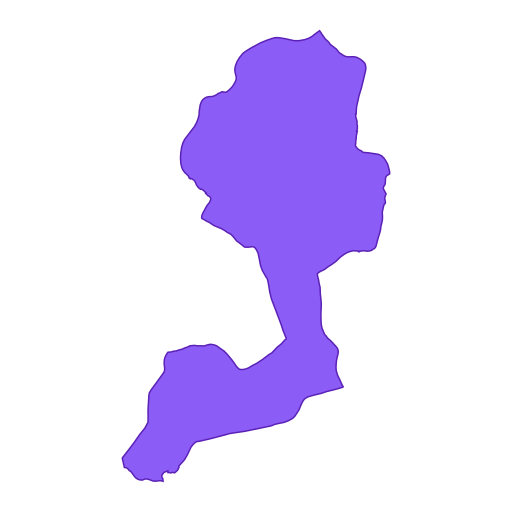 Kourweogo, Kourwéogo, Burkina Faso (Equal Earth projection)
{"feature_id": "67063806B35388046796178", "entity_name": "Kourweogo", "entity_type": "district", "adm_level": 2, "iso_a3": "BFA", "parent_name": "Burkina Faso", "parent_adm1": "Kourwéogo", "projection": "equal_earth", "projection_center": [-1.825, 12.601], "detail": "fine", "context": "isolated", "style": "filled", "palette": "violet", "viewbox_px": 512, "rotation_deg": 0, "n_neighbors": 0, "source": "geoboundaries", "source_scale": "gbopen_adm2", "svg_char_len": 5176}
<svg xmlns="http://www.w3.org/2000/svg" viewBox="0 0 512 512"><path d="M270.7,426.0L272.9,425.2L274.6,424.4L279.0,423.4L284.0,422.4L288.5,420.7L292.7,418.3L294.8,416.3L296.7,413.5L299.2,409.5L300.5,406.1L302.2,402.4L303.3,400.6L304.5,399.0L305.7,398.1L308.4,396.7L313.6,395.2L321.2,393.4L326.8,391.5L332.2,390.2L338.3,388.6L340.7,387.8L342.4,387.4L343.2,386.8L342.0,384.7L339.5,379.1L337.5,375.0L336.2,370.4L336.0,366.8L336.2,363.5L336.5,360.3L337.2,357.2L337.9,354.4L338.3,351.9L338.1,350.4L337.5,348.5L336.2,346.7L334.3,344.6L332.3,342.4L330.1,340.2L327.6,338.1L326.1,336.0L324.5,334.2L323.2,331.0L322.0,328.2L321.2,324.2L321.0,319.2L320.9,313.3L321.2,307.9L321.3,303.9L320.9,298.8L320.3,293.7L320.1,287.5L319.1,283.2L318.6,280.1L317.9,277.4L317.5,275.4L317.3,273.9L317.7,273.3L319.7,271.8L324.6,269.4L328.3,266.6L331.2,264.8L335.8,261.5L340.5,257.0L344.3,254.2L347.5,252.4L350.4,251.4L353.6,250.7L355.9,251.0L356.7,250.8L357.3,250.8L358.9,251.9L359.2,251.2L361.0,251.1L363.9,250.7L366.8,251.2L369.4,251.0L371.5,250.4L373.1,249.2L374.6,248.4L375.9,246.5L376.7,243.5L378.3,237.4L379.6,233.4L380.5,230.0L380.9,226.5L381.9,222.5L382.4,219.8L382.5,216.6L382.3,212.2L383.2,207.7L384.2,204.1L385.2,203.6L385.4,201.8L384.7,198.2L385.2,196.1L386.1,193.9L383.2,188.5L384.0,185.8L384.9,184.9L385.3,182.8L385.5,178.7L386.0,176.6L386.8,175.7L389.7,173.8L389.5,171.1L388.7,167.9L387.6,164.1L385.7,160.7L383.8,157.9L381.5,155.7L377.9,154.2L374.5,153.7L368.4,152.8L364.9,152.5L363.3,152.5L361.2,150.8L359.0,149.8L357.3,148.4L355.4,145.7L355.4,145.0L355.7,143.7L355.7,141.8L356.2,138.5L356.4,135.4L357.3,131.2L356.6,131.2L357.0,130.2L357.4,128.3L357.3,125.1L356.9,123.9L357.1,122.2L357.0,121.1L356.1,118.1L355.8,116.7L355.5,114.1L356.2,114.0L356.2,111.5L356.7,106.1L357.8,101.3L359.0,95.8L361.4,87.9L363.4,79.8L364.7,74.4L365.5,71.0L365.9,68.3L365.6,65.7L364.9,63.4L363.2,61.5L360.6,59.4L357.0,57.4L353.8,56.7L350.0,56.8L347.2,56.8L344.9,56.2L343.1,55.2L340.9,53.7L339.4,52.8L336.4,49.1L332.5,46.1L330.1,44.2L329.1,42.6L327.8,41.2L326.4,40.0L324.9,38.5L323.4,36.2L322.2,34.7L321.1,32.8L320.4,31.9L319.6,30.7L314.8,34.2L311.9,36.5L308.4,38.4L304.5,39.7L298.8,40.7L294.3,40.7L290.6,39.9L285.2,38.7L279.5,37.8L277.1,37.6L274.9,37.7L272.0,38.5L266.7,40.3L260.6,42.8L258.5,43.9L255.6,45.5L251.1,47.9L247.7,50.0L244.8,51.9L242.7,53.6L239.7,57.3L237.1,61.5L235.6,65.3L235.1,67.4L234.8,70.0L235.2,72.9L235.8,75.1L236.1,76.6L236.3,78.5L235.8,80.5L234.8,82.7L232.6,86.3L230.8,88.3L229.0,90.1L227.2,91.5L226.0,92.1L225.3,92.3L224.2,92.1L223.3,92.1L222.9,91.8L221.5,91.9L220.3,92.7L218.1,93.5L216.8,94.6L214.2,95.9L211.6,96.6L209.4,96.6L206.6,97.1L204.6,98.2L202.9,99.6L201.5,101.5L200.2,104.9L199.3,110.5L199.0,115.2L198.1,118.7L196.6,122.5L194.3,126.8L191.1,130.9L186.9,136.4L184.7,139.3L182.9,142.9L181.6,147.3L180.8,152.8L180.5,157.6L180.8,163.1L181.5,166.5L182.7,169.7L184.9,172.7L186.9,174.5L188.4,176.1L188.9,176.7L188.9,177.7L190.3,178.9L190.9,178.5L192.0,179.0L193.7,179.9L194.7,181.1L195.7,183.0L196.4,184.8L197.2,186.0L197.9,187.0L199.0,188.2L200.6,189.3L201.4,189.2L203.3,190.2L205.1,192.0L206.1,192.7L205.6,193.4L207.0,194.7L208.0,195.8L209.0,196.2L209.5,196.6L209.9,196.8L210.3,197.4L210.6,198.1L210.7,198.8L210.7,199.7L210.3,200.6L209.3,202.7L207.0,205.5L204.6,209.9L202.9,213.0L201.9,215.5L201.7,217.0L201.7,217.9L201.9,218.5L204.2,219.7L207.0,221.4L209.2,222.3L211.0,223.6L213.9,225.5L217.7,227.1L221.7,228.8L224.5,230.4L227.5,232.5L230.8,234.2L233.5,237.0L236.6,240.9L240.8,244.0L242.9,245.7L244.6,247.1L247.8,247.2L250.1,247.0L252.0,246.7L253.7,246.9L255.0,247.8L256.3,249.6L258.1,253.2L259.3,259.0L260.6,265.9L262.5,270.8L264.4,274.1L265.9,276.8L267.1,278.4L267.9,281.1L268.9,286.5L269.7,291.8L271.4,298.8L274.2,306.2L279.5,320.1L281.7,326.2L283.0,330.4L284.5,334.0L285.5,336.7L286.2,338.0L286.2,338.9L284.9,339.9L281.3,343.9L277.3,347.1L271.8,352.9L268.9,354.6L262.2,359.7L256.6,363.4L252.6,365.4L248.3,368.0L245.3,369.1L242.0,369.6L239.5,369.3L237.6,367.7L236.0,365.8L234.3,363.2L232.5,360.7L229.8,357.4L226.8,353.8L224.0,351.0L219.5,347.9L216.8,345.9L215.2,345.2L212.3,344.5L210.1,344.3L206.7,345.1L204.2,346.0L201.8,345.8L197.4,345.8L194.4,345.4L193.0,345.5L189.9,345.8L187.8,346.9L184.4,348.1L182.1,349.2L179.2,349.9L176.0,351.0L173.6,351.2L171.0,352.0L168.0,352.2L166.9,353.6L165.4,356.3L164.4,359.4L164.1,363.2L164.7,368.8L164.5,370.5L164.0,372.1L161.7,375.4L155.8,383.5L151.4,389.5L149.4,392.7L148.9,395.3L148.0,410.2L148.1,417.5L148.0,422.3L144.8,428.2L139.8,434.4L134.1,442.6L128.1,450.5L123.1,456.9L122.6,457.5L122.3,458.3L124.4,467.5L125.9,467.6L127.7,468.6L129.2,470.5L131.1,471.8L134.7,476.7L135.7,477.8L137.4,479.0L139.4,479.8L142.2,480.1L144.8,479.1L146.2,478.9L147.4,479.1L148.6,479.4L149.1,479.5L152.9,481.0L155.6,481.2L159.5,480.7L161.2,480.8L163.1,481.3L162.9,479.0L161.8,476.7L161.9,475.3L163.9,472.4L167.9,470.9L167.9,472.6L168.9,472.6L171.0,472.9L172.6,472.4L174.7,472.8L177.4,470.4L178.3,468.9L178.6,468.0L179.0,467.6L178.7,466.2L180.2,464.6L184.5,459.7L187.4,454.8L189.2,450.9L190.9,447.3L192.2,445.6L194.1,443.4L196.6,441.6L199.7,441.2L211.3,438.5L230.0,433.5L245.4,431.2L269.0,426.3L270.7,426.0Z" fill="#8b5cf6" stroke="#5b21b6" stroke-width="1.5"/></svg>